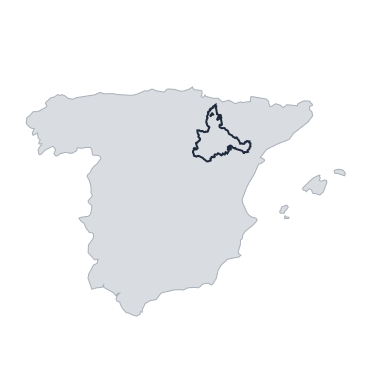 where Zaragoza sits in Spain, rotated 352°
{"feature_id": "ESP-5853", "entity_name": "Zaragoza", "entity_type": "Autonomous Community", "adm_level": 1, "iso_a3": "ESP", "parent_name": "Spain", "parent_adm1": "", "projection": "mercator", "projection_center": [-1.121, 41.843], "detail": "fine", "context": "in_parent", "style": "outline", "palette": "slate", "viewbox_px": 384, "rotation_deg": 352, "n_neighbors": 0, "source": "natural_earth", "source_scale": "10m", "svg_char_len": 9203}
<svg xmlns="http://www.w3.org/2000/svg" viewBox="0 0 384 384"><g transform="rotate(352 192 192)"><path d="M207.2,88.1L207.2,89.2L209.0,91.2L214.5,92.5L215.9,93.3L215.7,96.2L214.3,98.6L215.5,99.7L216.8,99.6L218.4,97.7L218.8,99.0L221.3,100.2L226.8,102.4L230.7,102.7L234.7,107.1L241.3,106.2L247.1,110.5L252.7,109.5L253.9,110.4L262.5,110.5L262.9,107.0L264.0,105.6L278.8,110.4L280.6,113.4L280.3,114.8L281.1,118.3L283.0,118.1L287.0,116.2L292.0,118.6L293.4,120.7L294.4,120.9L298.2,118.8L308.5,121.3L308.9,119.6L309.7,119.2L314.0,117.7L315.8,117.3L321.3,118.5L321.9,120.4L323.0,121.2L323.5,122.8L320.3,123.8L319.9,126.7L321.9,129.2L322.1,133.4L316.6,138.9L300.8,148.0L295.5,153.5L283.8,156.2L271.6,160.3L264.4,167.5L266.2,168.1L268.4,170.5L267.7,171.6L264.5,173.3L261.7,173.8L256.4,182.6L249.1,191.7L246.4,195.8L240.6,206.4L240.6,209.4L243.4,219.8L245.0,222.6L247.3,224.9L251.6,226.8L252.7,228.7L251.2,230.6L246.9,233.8L239.4,238.2L236.2,241.6L235.5,244.9L233.3,246.4L232.5,251.0L229.5,257.5L229.3,259.1L231.6,261.5L229.3,262.9L217.8,263.5L210.7,268.5L207.1,272.9L203.9,281.1L199.9,285.9L198.2,286.8L195.5,284.7L192.2,284.4L188.9,285.1L187.2,286.7L184.5,287.7L181.9,286.9L176.3,286.4L173.8,286.5L169.9,287.9L166.5,287.0L160.8,286.5L148.5,287.6L147.0,288.1L141.5,293.6L135.6,293.7L130.2,295.9L126.6,301.2L125.9,304.1L124.8,303.4L124.0,303.6L123.6,305.8L119.9,307.2L115.7,305.4L112.2,302.8L110.4,302.6L107.4,298.5L106.2,295.8L105.3,293.0L105.2,291.0L102.6,289.9L101.9,287.3L103.8,283.9L106.4,282.0L104.0,282.1L102.3,284.3L100.1,280.8L91.2,274.0L91.6,271.6L90.1,273.4L89.1,273.9L84.5,273.6L79.3,274.4L77.0,262.8L78.4,258.7L84.3,250.6L88.0,249.5L89.5,245.4L86.1,245.6L80.7,237.5L82.1,230.0L87.5,224.4L88.4,222.1L88.6,220.0L87.5,218.5L84.6,217.7L81.6,211.7L80.9,208.0L78.4,205.9L76.3,202.2L78.2,201.6L85.8,201.6L87.7,200.6L89.1,198.1L90.5,194.0L90.9,191.5L87.9,187.9L87.8,187.1L88.2,185.9L92.9,181.9L91.9,178.9L92.7,172.6L92.3,168.9L91.8,165.8L90.2,161.9L91.2,160.3L93.6,158.9L95.6,155.7L98.4,153.0L102.1,150.8L106.5,146.0L105.8,143.9L104.3,142.7L99.0,141.7L98.6,140.8L98.6,135.6L97.2,133.5L95.3,133.7L92.3,132.8L91.6,133.4L87.8,133.2L85.2,132.3L84.1,133.1L83.7,134.9L79.3,136.8L76.8,136.8L72.7,135.1L68.1,135.7L67.5,135.3L63.6,137.4L62.3,137.5L60.6,134.9L62.8,131.2L60.9,127.6L59.7,127.5L52.3,130.1L48.0,133.5L46.3,134.0L45.7,133.4L45.5,128.5L50.0,123.3L47.1,123.0L47.3,121.4L49.1,119.1L47.2,117.3L47.2,112.0L43.2,113.7L42.2,113.4L42.1,111.3L44.6,107.1L42.0,106.6L40.0,105.0L37.6,101.5L37.6,99.7L38.9,95.4L42.4,93.4L45.8,90.4L50.6,90.9L57.6,88.4L60.1,87.1L60.0,85.3L59.1,83.9L59.9,82.7L65.6,79.0L69.1,78.7L72.6,76.8L75.0,78.0L77.0,77.6L79.4,79.0L82.6,82.2L87.1,83.5L90.8,82.5L109.5,82.2L114.8,80.6L118.9,82.6L126.9,83.5L131.7,85.1L145.0,87.8L149.8,87.8L159.4,85.2L162.1,85.9L165.9,84.6L167.8,84.8L170.2,86.7L178.7,89.2L180.9,87.1L182.5,86.6L188.7,87.9L194.8,90.6L198.0,90.8L202.7,90.0L207.2,88.1ZM319.8,198.4L322.0,199.4L324.3,198.5L325.5,198.8L326.7,199.2L327.0,201.1L322.0,210.3L318.1,212.8L314.2,210.8L311.9,210.4L311.2,209.6L310.7,206.7L309.6,205.7L308.1,205.3L305.1,207.6L304.1,206.1L302.7,205.8L302.1,204.8L302.1,203.6L311.6,196.5L314.3,194.9L320.1,193.0L321.0,193.3L320.2,194.4L321.0,195.4L319.8,198.4ZM346.4,194.6L345.5,197.2L338.5,193.8L336.2,193.4L335.7,192.8L335.9,190.3L340.6,189.9L344.4,191.2L346.4,194.6ZM281.0,224.1L280.2,225.9L276.7,225.2L276.0,224.5L276.7,222.5L277.7,222.2L277.8,220.8L278.8,219.3L283.7,218.1L284.8,219.1L285.1,220.5L282.1,223.7L281.0,224.1ZM284.4,231.3L283.9,231.7L280.1,231.3L280.0,230.1L280.8,228.5L282.2,230.1L284.4,230.4L284.4,231.3Z" fill="#d9dde1" stroke="#a8b0b8" stroke-width="1"/><path d="M223.6,111.8L224.0,111.8L224.3,111.7L224.5,111.1L224.5,110.9L224.5,110.7L224.6,110.4L225.8,110.0L226.1,109.8L226.4,109.6L227.0,109.0L227.5,108.8L227.3,109.7L227.4,109.9L228.0,110.5L228.0,110.8L227.9,111.1L227.7,111.2L227.2,111.4L227.1,111.5L227.0,111.8L227.5,112.8L227.6,116.5L227.8,117.2L227.8,117.4L227.8,117.6L227.5,118.2L227.5,118.3L228.9,119.2L229.0,119.8L229.1,120.0L229.0,120.4L227.1,123.4L227.0,123.7L227.2,123.9L227.5,124.1L227.9,123.9L228.1,123.3L228.2,123.1L228.4,123.0L228.7,123.0L228.9,123.1L229.2,123.3L229.3,123.3L229.5,123.3L229.7,123.1L230.5,121.1L230.5,120.8L230.2,120.0L230.2,119.8L230.3,119.7L230.9,119.7L231.0,119.7L231.1,119.9L231.2,120.2L231.2,121.2L231.4,122.2L231.4,122.6L231.3,122.8L231.0,123.3L230.8,123.8L231.1,128.6L231.0,129.1L230.9,129.5L230.6,129.9L230.3,130.0L230.1,129.9L229.7,129.4L229.4,129.2L229.2,129.2L228.9,129.4L228.7,129.5L228.6,129.9L228.3,130.9L228.4,131.4L228.6,131.8L230.3,133.0L232.9,133.1L233.2,133.4L234.2,135.2L235.5,135.8L235.8,136.2L236.1,136.6L236.6,139.2L236.7,139.6L236.9,139.8L239.4,141.4L239.6,141.6L240.1,142.8L240.2,143.0L240.9,143.3L242.2,144.6L242.5,144.7L243.3,144.1L243.6,144.1L243.8,144.2L244.1,144.5L244.3,144.9L244.6,146.1L245.4,147.1L245.7,147.8L246.5,150.9L247.3,150.6L247.7,150.6L248.1,150.8L248.4,151.2L248.5,151.3L250.5,151.5L251.0,150.4L251.8,149.8L252.2,150.2L253.1,149.9L253.6,149.2L255.8,149.9L255.5,150.3L255.5,151.0L256.1,151.2L256.4,151.5L256.6,151.9L256.7,152.4L256.1,153.7L256.2,154.4L256.3,155.1L256.2,155.2L256.0,155.3L255.7,155.5L255.4,155.7L255.2,155.9L255.1,156.1L255.1,156.4L255.1,156.6L254.9,157.2L254.8,157.4L254.6,157.5L254.4,157.6L254.0,157.7L253.8,157.9L253.7,158.0L253.4,158.2L253.2,158.2L252.9,158.4L252.8,158.5L252.8,158.8L252.8,159.0L252.8,159.5L253.0,160.0L251.9,160.2L251.3,160.1L250.8,159.9L249.7,159.8L249.4,160.0L249.1,160.6L248.6,160.5L247.7,158.5L247.3,158.1L242.0,155.7L240.9,154.4L240.4,154.9L238.8,153.9L238.3,153.2L238.0,152.7L237.9,152.5L237.5,152.5L237.3,152.4L237.1,151.7L236.8,151.4L235.5,151.5L235.3,151.7L235.2,152.0L235.3,152.3L236.2,153.8L236.5,154.6L236.5,154.8L236.4,155.0L236.3,155.3L236.1,155.3L235.9,155.1L234.4,152.5L234.2,152.3L233.7,152.5L233.7,152.8L233.8,154.7L233.4,155.0L234.2,156.4L232.3,158.8L231.2,157.4L231.0,157.2L230.7,157.3L230.5,157.6L230.0,159.1L229.8,159.3L229.5,159.4L229.3,159.4L227.9,158.2L226.7,159.7L226.5,159.8L226.3,159.8L225.5,159.4L225.4,159.2L225.3,158.7L223.3,157.3L223.0,157.3L222.9,157.4L222.8,157.5L222.5,158.0L221.7,158.5L220.4,158.0L219.9,158.0L219.7,158.1L219.5,158.3L219.2,158.9L219.2,159.1L219.3,159.4L219.4,159.7L219.5,160.0L219.4,160.3L219.1,160.5L217.8,160.5L217.1,160.0L216.9,160.0L216.6,160.0L216.3,160.0L216.1,160.2L216.0,160.5L215.8,161.0L215.7,161.2L215.5,161.3L215.0,161.5L214.8,161.7L214.9,162.1L215.1,162.7L215.0,163.1L214.9,163.4L214.7,163.6L214.0,163.5L213.3,163.6L212.6,163.9L211.1,163.8L210.3,163.1L209.8,162.4L208.6,161.4L208.3,161.0L208.1,160.8L208.0,160.6L207.9,160.4L207.8,160.2L206.7,159.2L205.9,158.8L205.0,158.1L204.4,157.8L204.1,157.6L203.9,157.4L203.7,157.2L203.1,157.0L201.3,157.6L201.1,157.4L200.6,157.0L200.2,156.8L199.5,156.7L199.3,156.7L199.2,156.5L199.1,156.3L199.0,155.2L198.9,154.0L198.8,153.8L198.5,153.2L198.6,152.2L198.7,151.7L198.8,151.5L199.0,151.4L199.3,151.2L199.6,150.8L199.7,150.1L199.8,149.3L199.8,149.1L200.0,148.9L200.9,148.9L201.3,149.0L201.5,149.1L201.6,149.3L201.6,149.5L201.6,150.2L201.6,150.4L201.8,150.5L202.0,150.5L202.2,150.4L202.6,150.1L203.0,149.9L203.4,149.8L203.6,149.7L203.6,148.3L203.5,148.0L203.4,147.8L203.2,147.6L203.1,147.3L203.0,146.8L203.0,145.7L202.9,144.9L202.8,144.7L202.7,144.5L202.7,144.3L202.8,144.1L203.1,143.8L203.3,143.7L204.0,143.9L204.4,143.7L204.9,143.1L205.3,142.8L205.6,142.6L205.8,142.4L206.0,142.2L206.3,142.2L206.5,142.2L206.9,141.8L207.1,141.3L207.2,141.0L207.3,140.7L207.4,140.3L207.1,140.0L207.0,139.9L206.9,139.8L206.8,139.5L206.6,139.1L206.2,138.6L206.1,138.4L206.0,138.1L206.1,137.9L206.3,137.4L206.5,137.2L206.6,136.8L206.7,136.5L206.7,136.3L206.2,135.6L205.9,134.6L205.7,133.1L206.0,132.4L205.9,131.7L206.1,131.7L206.5,131.9L207.6,131.9L207.8,132.0L208.0,132.1L208.1,132.3L208.4,132.7L208.6,132.8L208.8,132.9L209.2,133.1L209.5,133.2L210.1,132.9L210.3,132.9L210.7,133.0L211.1,133.2L211.3,133.4L211.4,133.5L211.7,133.9L211.8,134.0L212.2,134.3L212.6,134.4L213.0,134.5L213.5,134.4L213.8,134.2L214.1,134.1L214.3,134.1L214.9,134.3L215.1,134.4L215.7,134.5L215.8,134.5L216.0,134.3L216.1,134.0L216.3,133.8L216.6,133.5L216.6,133.2L216.7,132.9L217.1,132.2L217.5,131.5L217.9,130.9L218.1,130.6L218.2,130.1L218.1,129.8L217.9,129.7L217.7,129.7L217.3,129.5L217.0,129.1L217.0,128.9L216.8,128.5L216.5,128.2L216.3,128.0L216.3,127.8L216.3,127.4L216.2,126.3L216.2,126.0L215.9,125.7L215.8,125.4L215.8,125.2L216.1,123.9L216.3,123.4L216.3,123.2L216.5,122.5L217.0,121.8L217.7,121.0L217.7,120.7L217.6,120.4L217.4,120.3L217.3,120.1L217.3,119.8L217.4,119.5L217.5,119.0L218.0,118.2L218.6,117.6L218.9,117.0L219.1,116.7L218.8,116.0L218.8,115.8L218.9,115.6L218.9,115.3L219.1,115.0L219.2,114.8L219.4,114.7L219.7,114.7L220.1,114.8L220.3,114.8L220.6,114.5L220.7,114.3L220.8,114.0L221.1,113.7L221.6,113.4L221.8,113.2L221.4,112.9L221.7,112.7L221.8,112.3L221.8,112.1L222.0,112.0L223.3,111.8L223.6,111.8ZM223.6,118.4L223.8,118.3L223.8,118.0L223.3,117.6L223.1,117.5L223.1,117.1L223.0,116.9L222.9,116.9L222.7,116.9L222.5,117.2L222.2,117.7L222.2,118.0L222.5,118.2L222.8,118.3L223.6,118.4ZM220.9,119.3L221.3,119.3L221.5,119.1L221.7,118.6L221.7,118.3L221.5,118.2L221.3,118.3L221.0,118.5L220.9,118.7L220.8,119.1L220.9,119.3Z" fill="none" stroke="#1e293b" stroke-width="2"/></g></svg>